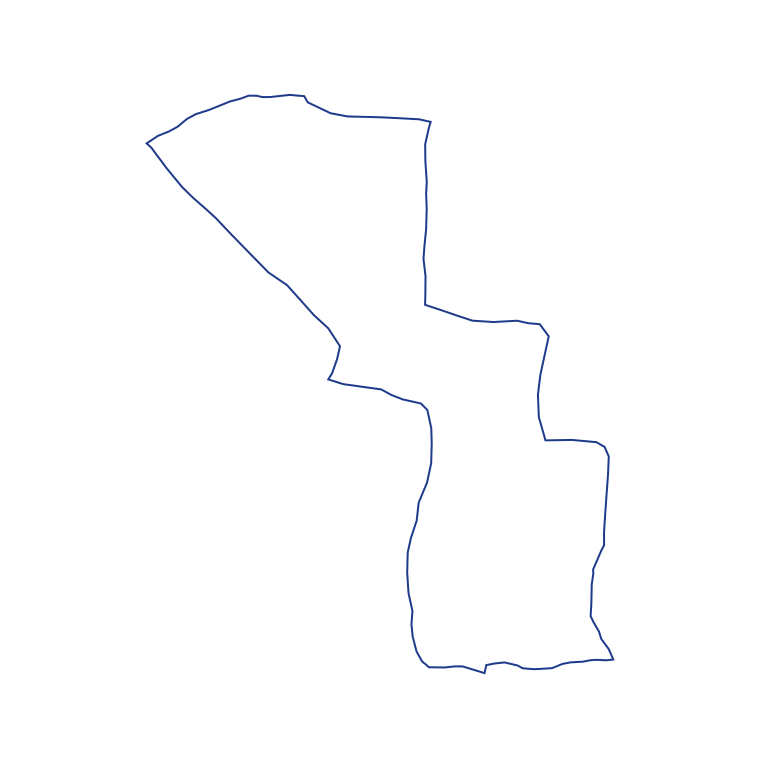 Esan North-East, Edo, Nigeria, rotated 283°
{"feature_id": "59680162B23598949397905", "entity_name": "Esan North-East", "entity_type": "district", "adm_level": 2, "iso_a3": "NGA", "parent_name": "Nigeria", "parent_adm1": "Edo", "projection": "robinson", "projection_center": [6.377, 6.787], "detail": "fine", "context": "isolated", "style": "outline", "palette": "blue", "viewbox_px": 768, "rotation_deg": 283, "n_neighbors": 0, "source": "geoboundaries", "source_scale": "gbopen_adm2", "svg_char_len": 2085}
<svg xmlns="http://www.w3.org/2000/svg" viewBox="0 0 768 768"><g transform="rotate(283 384 384)"><path d="M649.9,370.5L649.8,358.6L646.5,339.6L643.1,320.6L636.5,288.3L635.8,271.1L641.3,246.3L646.5,241.5L644.5,227.2L641.2,217.7L637.9,208.3L636.2,200.7L636.2,194.9L634.5,187.3L629.6,179.8L624.6,170.3L618.0,160.9L611.4,151.4L604.7,140.1L598.1,132.5L588.9,125.5L588.2,125.0L581.6,117.5L575.0,108.0L571.7,104.9L565.1,98.6L561.8,104.3L555.2,112.0L545.4,123.6L530.6,142.8L522.4,156.2L514.2,171.5L507.7,183.0L496.2,200.3L481.4,223.3L466.7,246.3L458.5,267.3L443.7,288.4L435.5,299.9L425.7,317.2L410.9,332.6L402.7,332.7L397.7,332.7L382.9,331.0L375.9,328.7L374.7,344.4L375.1,348.9L376.0,358.5L376.3,362.5L378.1,382.4L374.9,393.9L373.5,403.8L373.2,405.3L373.3,418.7L373.3,424.4L368.4,432.1L354.1,438.8L351.9,439.9L337.1,443.8L317.4,447.8L304.7,448.0L297.6,448.1L276.2,444.5L262.3,446.1L258.1,446.6L254.5,446.2L254.2,446.2L239.9,444.9L225.1,445.0L222.0,445.7L219.1,446.2L206.6,448.8L205.4,449.0L203.6,449.6L190.8,453.4L185.6,455.0L169.2,462.8L156.0,464.8L144.5,468.7L130.8,475.8L122.6,483.2L121.1,485.6L120.5,487.2L118.1,491.4L121.5,507.1L122.5,509.9L124.8,516.6L126.5,524.2L125.4,540.1L124.9,547.0L133.1,546.9L136.5,554.5L139.8,564.0L139.8,566.0L139.8,577.1L139.8,577.3L138.2,583.1L139.9,594.5L141.5,600.2L143.3,606.1L144.9,611.6L151.5,621.0L154.8,628.6L158.1,640.0L161.4,647.6L163.1,653.3L164.8,662.8L167.1,669.4L176.3,662.6L184.5,653.0L191.1,649.2L194.7,645.8L199.3,641.5L204.2,637.6L205.7,637.3L215.8,635.6L235.5,631.5L246.3,630.6L250.3,629.5L270.1,633.1L276.5,634.7L288.4,631.9L298.7,630.1L302.1,629.6L310.0,628.3L322.7,626.3L346.5,622.6L364.0,619.3L372.3,613.1L375.1,604.0L371.8,579.8L365.4,554.0L375.4,548.5L386.6,542.3L408.2,536.4L420.1,535.1L428.0,534.3L449.4,534.0L467.5,533.8L477.3,522.3L475.7,510.9L475.6,499.5L472.3,488.1L469.0,476.7L465.6,455.8L467.2,438.6L468.8,423.4L470.4,406.2L480.3,404.2L498.4,400.2L514.9,394.3L528.0,392.3L544.5,390.2L564.3,386.2L579.1,382.2L590.6,380.2L610.3,374.2L626.8,370.2L643.3,370.1L649.9,370.5Z" fill="none" stroke="#1e3a8a" stroke-width="2"/></g></svg>